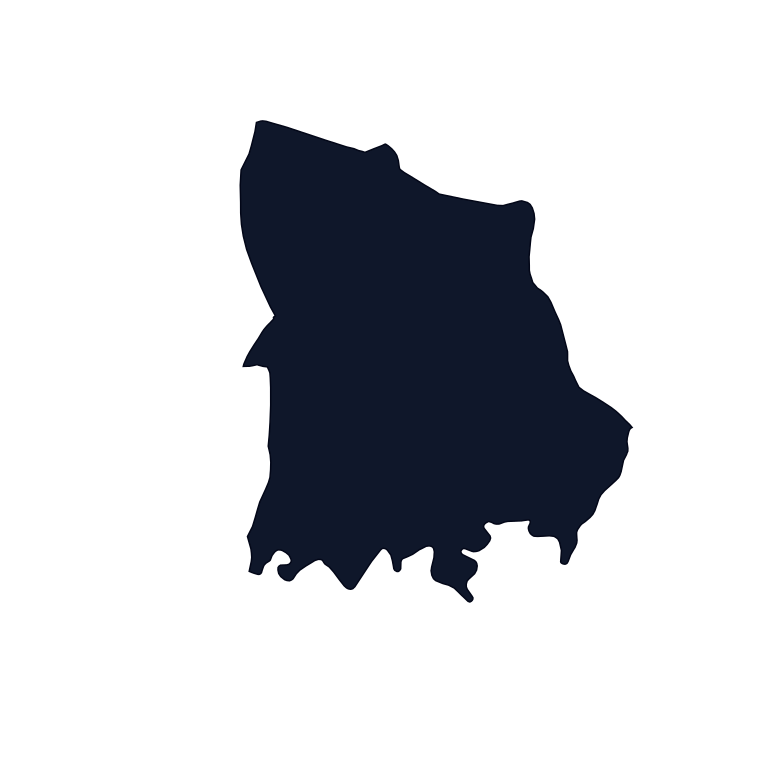 the district of Bueng Bun, Si Sa Ket, Thailand, rotated 214°
{"feature_id": "78962969B82208254096141", "entity_name": "Bueng Bun", "entity_type": "district", "adm_level": 2, "iso_a3": "THA", "parent_name": "Thailand", "parent_adm1": "Si Sa Ket", "projection": "robinson", "projection_center": [104.049, 15.308], "detail": "fine", "context": "isolated", "style": "filled", "palette": "ink", "viewbox_px": 768, "rotation_deg": 214, "n_neighbors": 0, "source": "geoboundaries", "source_scale": "gbopen_adm2", "svg_char_len": 6039}
<svg xmlns="http://www.w3.org/2000/svg" viewBox="0 0 768 768"><g transform="rotate(214 384 384)"><path d="M636.0,529.5L632.1,521.1L627.2,507.5L626.6,505.7L624.5,499.2L622.2,481.6L614.4,468.5L604.4,454.4L598.4,445.6L591.5,436.7L583.3,427.9L573.2,418.8L561.0,409.9L540.5,396.0L521.4,384.5L513.8,380.6L512.2,379.7L512.3,379.3L512.4,378.9L512.7,378.3L512.8,378.1L512.9,377.7L512.8,377.2L512.1,376.6L511.9,376.4L511.9,376.2L512.0,375.1L512.1,374.3L512.4,372.9L512.4,372.6L512.7,370.7L513.0,369.4L513.5,366.6L513.8,363.9L514.0,361.7L514.0,358.7L513.6,351.4L513.6,344.3L513.3,335.5L512.8,330.1L512.1,326.4L512.1,326.2L511.3,322.1L511.0,321.2L510.5,319.9L509.3,320.8L506.9,322.5L505.7,323.3L503.3,325.6L501.4,327.6L500.4,328.7L500.0,329.1L498.8,329.4L497.3,329.9L495.9,330.4L494.1,331.0L491.2,332.5L490.2,332.9L486.9,330.9L484.8,329.4L481.7,325.5L475.9,317.6L466.1,303.1L456.9,288.3L450.5,277.4L445.2,267.7L442.7,265.4L438.7,261.6L434.0,255.7L430.0,249.4L426.3,242.8L424.7,237.8L423.3,230.7L421.0,216.7L418.8,209.6L416.0,201.1L414.3,195.6L413.3,192.3L411.9,181.2L402.1,172.9L399.4,169.8L396.7,166.3L394.8,162.7L391.0,153.3L389.6,153.6L388.5,153.8L385.7,154.5L382.9,155.4L381.8,155.8L381.0,156.4L380.5,157.1L380.4,157.3L380.2,157.8L380.1,159.1L380.8,161.2L381.8,164.9L382.0,165.9L382.1,167.0L381.7,169.2L381.7,169.5L380.8,171.5L380.5,172.2L380.0,173.3L379.8,174.4L380.9,179.2L380.8,181.8L380.7,183.2L380.5,184.5L379.6,186.5L378.8,187.5L378.7,187.5L376.8,188.6L375.1,189.1L370.8,189.4L369.3,189.2L369.0,189.2L367.6,189.0L367.2,189.0L366.6,188.7L364.7,187.7L362.8,186.5L361.9,185.4L361.7,184.8L361.6,184.7L361.6,184.4L361.6,183.4L361.6,183.0L361.8,182.0L362.2,181.1L363.7,179.4L364.6,178.8L368.5,175.9L369.2,174.2L369.2,172.6L367.9,170.5L365.3,168.0L361.9,166.6L359.4,166.4L356.9,166.2L354.6,166.8L352.3,168.0L352.1,168.2L351.9,168.6L351.6,169.1L351.3,169.5L351.1,169.9L350.9,170.4L350.8,170.8L350.6,171.3L350.5,171.7L350.5,172.2L350.6,177.6L349.7,182.7L349.4,183.4L347.0,189.5L344.3,195.3L342.7,198.9L340.5,201.8L338.6,203.0L337.6,203.4L336.9,203.4L335.6,203.1L333.7,202.2L333.1,202.0L332.1,201.7L329.8,201.7L327.1,201.7L320.6,200.0L311.3,196.7L304.1,194.4L301.1,194.0L299.1,194.2L297.0,195.1L296.1,196.0L295.4,196.9L295.2,197.9L294.8,199.6L294.8,199.8L295.1,225.7L295.1,230.3L294.4,240.1L294.3,241.2L294.1,244.3L293.7,246.2L292.9,247.3L290.8,248.3L288.4,248.2L282.8,246.1L282.7,246.1L279.8,243.6L278.1,242.1L274.2,238.1L272.6,236.4L272.4,236.3L271.8,236.0L271.0,235.6L270.3,235.6L269.1,235.7L268.7,235.7L267.6,236.3L267.1,236.9L266.9,237.6L266.7,238.7L266.8,240.1L270.6,246.1L270.7,246.6L271.1,248.3L270.8,249.7L269.4,251.8L269.2,252.1L267.8,254.2L265.0,258.9L262.2,266.0L262.1,266.4L261.3,267.6L259.1,271.6L258.3,273.1L256.0,275.1L255.7,275.2L254.1,275.9L252.1,275.9L250.7,275.2L248.5,273.1L248.1,272.5L247.5,271.4L245.5,268.0L244.9,266.4L242.1,258.8L241.8,258.2L241.1,256.8L240.6,255.6L237.4,252.2L234.1,250.3L232.0,250.0L231.2,249.9L223.6,251.5L218.8,253.1L217.9,253.4L211.6,254.1L208.2,253.5L207.5,253.4L201.2,252.2L199.7,252.0L194.0,251.0L192.7,250.8L190.9,251.3L190.8,251.5L190.1,252.8L189.9,254.1L190.0,255.2L190.7,256.5L192.5,257.4L200.1,260.3L202.3,261.8L203.9,264.1L204.9,267.0L204.8,268.3L204.8,268.5L204.6,269.8L202.8,277.4L202.8,277.5L203.2,281.5L205.0,285.3L206.8,287.1L208.2,287.9L210.3,288.3L219.5,287.0L222.7,286.6L223.1,286.5L223.7,286.6L223.9,286.6L224.4,286.7L225.0,286.8L226.2,287.6L226.7,288.2L226.8,288.8L226.9,289.1L226.8,290.9L226.2,292.0L224.8,292.8L224.5,292.9L222.3,293.4L219.7,294.0L217.9,294.4L217.5,294.5L216.0,295.1L214.1,296.6L212.9,297.9L212.5,298.4L212.1,298.8L209.5,304.6L208.8,308.8L208.7,313.2L209.5,315.9L211.2,317.4L213.5,318.1L220.5,320.4L221.8,321.6L222.3,322.9L222.2,324.8L221.7,326.2L221.4,326.7L220.7,328.2L220.0,328.7L217.5,329.5L214.7,329.8L212.7,330.6L210.8,331.9L210.0,332.6L209.4,333.5L206.9,337.0L204.6,339.3L194.4,346.8L193.8,347.2L188.8,351.7L188.4,352.0L187.4,352.4L187.2,352.4L186.6,352.3L185.9,351.8L185.0,350.4L184.6,347.7L184.3,346.2L183.4,344.8L181.6,343.2L179.0,341.8L176.4,341.5L174.6,341.7L171.5,343.5L169.9,344.7L165.5,348.0L162.1,350.6L158.3,352.6L156.9,352.9L154.9,352.9L153.3,352.8L150.1,351.1L149.4,350.5L144.0,345.4L143.7,345.0L141.7,341.6L138.4,335.9L138.2,335.5L137.6,335.0L137.0,334.8L136.2,334.8L134.9,335.0L133.2,335.8L133.1,336.0L132.8,336.3L132.2,337.2L132.0,338.1L132.2,340.0L133.8,346.8L134.2,352.7L134.3,355.4L135.3,359.9L136.6,362.4L138.2,364.4L140.4,367.3L141.4,368.8L141.7,369.9L142.1,371.6L142.1,373.0L142.1,376.4L141.8,378.4L141.7,378.7L140.3,382.4L140.0,383.4L138.7,388.2L138.6,388.4L138.0,392.8L138.4,397.0L139.7,401.8L140.0,403.1L141.7,408.8L142.2,413.6L141.5,419.0L137.9,433.6L137.2,437.6L137.4,440.1L138.4,443.9L142.8,454.8L142.8,455.1L143.5,461.1L143.9,462.5L144.3,464.6L145.9,467.1L150.3,472.0L152.2,475.4L154.2,480.7L154.8,482.8L154.8,483.9L154.9,484.6L154.8,484.8L154.3,486.2L154.0,486.7L157.4,487.7L163.8,488.8L168.9,490.0L176.2,491.1L182.3,491.5L191.3,491.4L200.1,491.1L209.6,490.3L214.9,489.9L220.6,490.3L225.4,493.0L227.8,494.4L230.4,496.1L232.9,497.5L234.7,498.4L236.4,499.3L241.3,502.8L244.8,505.9L248.5,511.4L250.0,513.5L254.9,517.9L270.7,531.9L275.1,534.9L282.7,539.5L291.3,545.1L296.9,547.9L303.4,549.1L305.5,549.3L307.6,549.4L308.2,549.3L308.7,549.3L310.6,549.3L313.2,550.1L317.4,551.3L320.6,553.9L324.4,556.8L327.1,559.5L329.9,563.6L334.9,570.6L338.1,576.5L342.0,583.6L344.3,588.0L347.1,596.3L351.3,604.9L355.0,609.3L359.5,612.9L363.3,614.6L363.7,614.6L366.5,614.7L372.1,612.9L373.8,611.5L377.0,607.7L378.1,606.3L381.9,602.1L385.0,598.5L390.0,595.4L396.9,592.4L421.9,581.5L444.5,572.3L449.1,572.4L462.4,571.6L475.5,571.1L485.5,570.6L489.7,570.8L491.1,571.0L491.6,571.4L492.2,571.9L493.0,572.7L497.1,577.3L501.2,580.6L505.1,582.3L509.1,583.3L513.7,583.8L516.2,583.8L517.1,583.6L517.6,582.9L519.0,580.4L523.7,573.7L529.1,565.7L529.9,565.2L532.2,564.6L535.6,563.3L540.5,562.3L547.6,559.6L570.3,553.0L607.7,542.6L624.0,537.3L628.5,535.9L629.7,535.3L631.8,534.2L633.3,532.9L636.0,529.5Z" fill="#0f172a" stroke="#020617" stroke-width="1.5"/></g></svg>